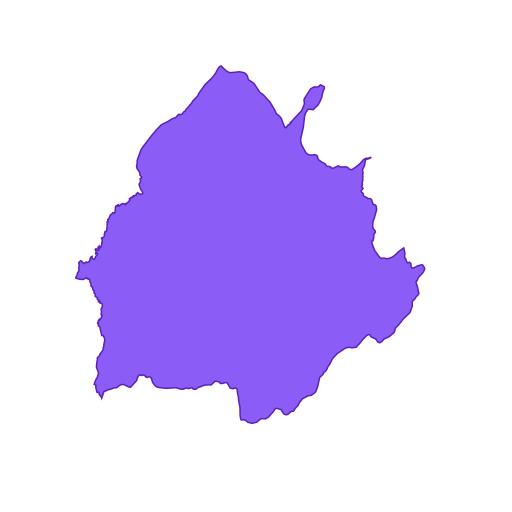 outline of Tona, Santander, Colombia, rotated 198°
{"feature_id": "7082276B13563988320283", "entity_name": "Tona", "entity_type": "district", "adm_level": 2, "iso_a3": "COL", "parent_name": "Colombia", "parent_adm1": "Santander", "projection": "equal_earth", "projection_center": [-72.942, 7.167], "detail": "fine", "context": "isolated", "style": "filled", "palette": "violet", "viewbox_px": 512, "rotation_deg": 198, "n_neighbors": 0, "source": "geoboundaries", "source_scale": "gbopen_adm2", "svg_char_len": 6117}
<svg xmlns="http://www.w3.org/2000/svg" viewBox="0 0 512 512"><g transform="rotate(198 256 256)"><path d="M104.6,220.1L101.0,226.0L100.9,228.4L101.2,230.4L99.2,234.3L96.4,241.8L92.3,249.3L92.0,250.9L91.9,256.3L92.1,257.5L93.0,259.9L93.1,261.4L92.7,262.6L91.9,263.5L91.1,266.7L90.0,268.7L89.5,270.6L92.9,276.5L95.9,280.7L95.2,282.4L94.9,285.9L92.4,291.0L91.8,292.7L91.5,295.9L92.8,297.5L94.8,299.0L95.8,298.9L99.3,296.5L102.7,293.0L104.4,293.0L105.4,294.2L106.3,296.7L108.2,297.5L109.5,296.5L110.2,296.5L112.1,298.5L112.7,299.7L114.2,300.2L115.2,304.6L118.0,309.3L121.7,304.3L123.9,300.0L125.8,297.3L128.2,295.2L130.6,293.8L133.3,293.7L135.6,292.7L137.6,292.7L144.7,297.8L149.4,303.5L150.6,305.7L149.4,306.6L149.6,309.2L150.6,313.0L149.8,315.6L150.4,316.7L152.7,318.1L153.7,319.3L154.7,321.7L155.4,325.4L155.2,328.9L155.6,337.4L157.2,340.7L158.6,341.4L160.7,341.5L163.7,345.5L165.5,345.8L167.3,345.1L168.7,345.9L171.7,346.1L172.9,347.2L173.7,348.8L175.5,349.4L175.9,350.0L176.0,350.8L175.1,353.5L177.0,354.5L176.8,356.3L177.6,358.7L177.9,361.6L178.5,362.4L178.8,364.6L179.8,366.6L179.8,368.2L180.3,368.7L181.3,370.9L180.8,375.3L181.5,381.0L181.0,381.9L177.9,384.0L177.0,385.6L179.5,383.6L181.5,383.0L183.5,380.9L186.2,374.9L189.5,370.2L191.7,367.6L194.1,367.5L196.5,368.7L199.0,368.3L203.3,366.7L205.8,367.1L209.6,363.4L211.2,363.0L212.9,363.8L214.3,363.8L216.0,363.1L219.1,365.2L221.4,365.4L225.9,366.7L227.5,368.1L228.4,369.9L229.7,370.6L232.0,370.5L232.8,369.7L236.9,368.5L240.0,369.3L242.2,371.3L246.4,375.2L248.0,377.2L249.6,380.7L250.8,393.3L253.0,404.0L253.0,407.6L252.0,411.3L251.0,412.0L246.9,412.8L243.9,418.3L243.0,421.9L242.5,427.2L243.1,432.7L242.8,436.5L243.4,438.1L247.4,438.8L248.2,437.9L248.5,436.7L249.1,436.0L253.2,434.7L255.7,431.8L258.5,421.3L258.6,419.3L257.2,416.3L257.0,414.8L257.5,408.4L263.6,395.3L263.5,394.4L264.7,393.8L264.2,392.9L264.9,391.4L265.9,390.9L266.3,388.8L266.9,388.6L267.3,387.2L268.6,387.3L274.6,394.8L277.4,396.5L280.4,397.6L284.6,401.8L290.5,406.9L299.2,411.7L302.8,412.8L311.3,419.5L317.7,421.4L320.1,424.8L321.7,425.9L322.9,426.5L324.9,426.6L328.6,426.1L336.9,422.5L338.9,422.3L342.5,423.3L347.9,426.0L349.1,425.0L350.2,421.8L350.9,417.4L351.8,414.6L353.1,411.3L357.4,403.4L360.8,392.5L360.7,390.8L364.1,383.7L364.4,381.8L367.9,373.4L368.1,371.9L369.3,370.7L370.2,368.0L371.0,367.4L373.5,366.6L375.0,363.1L378.3,360.4L380.9,357.2L386.7,351.4L390.0,344.5L392.4,338.6L397.2,325.1L398.2,321.1L398.6,310.2L397.6,307.4L397.6,305.5L397.1,304.0L396.4,302.7L392.3,299.3L391.3,297.1L389.2,295.8L389.3,294.5L390.1,293.7L388.8,291.1L389.4,288.3L388.4,286.5L385.9,283.5L383.8,282.0L383.1,280.5L383.6,279.6L385.8,278.8L388.0,279.7L389.0,278.3L388.7,276.8L389.9,276.3L390.7,274.6L391.1,274.6L391.1,275.4L391.3,275.3L391.9,273.2L392.8,273.3L393.4,271.8L394.1,271.5L394.1,271.1L393.3,270.5L393.5,269.0L394.0,268.7L394.0,268.0L394.9,267.0L395.2,265.9L395.9,265.9L396.0,264.5L397.0,265.0L399.3,264.5L400.3,263.5L401.9,260.8L402.6,260.8L402.8,262.1L404.6,260.4L404.8,259.1L403.9,255.8L403.7,253.2L404.0,252.9L405.4,253.1L406.2,251.3L407.3,250.0L407.5,245.6L408.3,245.1L408.3,244.6L407.3,243.1L407.3,242.8L408.2,242.4L407.3,240.3L405.9,234.1L406.0,233.0L407.1,232.7L407.0,230.0L406.4,228.3L406.5,227.5L407.1,226.5L408.4,225.5L408.3,224.7L407.4,224.5L407.0,223.7L406.7,220.6L406.3,219.3L406.3,216.7L406.7,216.2L407.1,216.8L408.2,217.1L408.6,216.1L408.9,214.9L408.7,214.5L407.1,215.2L407.5,212.8L408.3,212.6L410.4,213.5L410.8,212.9L410.9,212.5L409.3,210.6L409.4,208.7L409.2,208.5L408.3,209.5L407.9,209.5L407.5,209.2L407.3,208.0L408.4,206.0L408.4,203.8L409.2,202.8L409.8,202.5L411.0,203.1L411.8,205.0L412.6,204.2L413.0,203.0L412.6,200.2L413.6,198.3L414.3,197.8L415.7,197.8L417.1,195.7L421.0,197.4L421.5,197.1L422.5,195.0L422.2,194.0L421.2,192.6L421.0,190.4L419.8,187.0L420.5,185.0L420.3,181.8L420.8,180.2L420.3,179.2L416.5,179.4L413.2,180.2L410.3,183.0L409.4,182.1L408.6,182.4L407.8,182.2L407.6,182.7L407.3,182.6L405.7,179.8L404.5,178.9L403.6,176.4L401.7,175.5L400.6,173.4L399.1,172.7L398.7,170.9L397.4,170.3L396.3,167.8L393.9,167.4L393.6,165.8L393.2,165.4L392.1,165.6L391.6,164.7L391.6,163.9L390.3,164.5L390.2,163.2L387.7,163.0L386.8,161.7L386.6,159.8L386.9,157.5L385.9,155.8L385.3,152.7L385.0,152.3L384.3,152.2L384.0,151.2L384.3,148.3L385.1,146.5L385.5,147.2L385.9,146.3L386.0,145.3L385.5,144.1L386.0,143.6L385.7,143.0L384.9,143.1L384.4,140.9L382.7,140.3L378.1,132.7L376.4,132.9L374.6,130.8L373.8,129.1L373.3,124.5L372.9,123.8L372.9,121.5L372.4,119.5L374.0,114.8L374.3,112.3L375.4,110.4L375.2,109.0L374.8,108.3L374.6,106.1L373.5,101.1L370.0,96.6L369.5,95.3L369.5,91.2L370.1,89.1L370.3,84.0L368.5,83.8L367.6,81.2L365.1,77.2L363.2,77.7L362.3,75.9L359.2,73.8L358.8,73.2L358.7,80.3L357.4,81.0L355.7,82.8L352.0,85.2L350.8,86.4L348.0,87.6L344.9,91.8L342.3,92.9L337.0,92.2L334.8,92.3L331.0,100.6L331.2,103.6L330.5,106.5L330.2,106.8L327.7,107.1L326.6,108.1L324.7,107.8L323.5,106.9L321.8,106.9L320.4,108.3L319.3,108.3L317.6,107.2L315.7,104.4L314.4,103.1L311.0,101.0L308.6,100.8L300.8,102.3L291.2,106.1L286.6,106.1L283.9,106.9L281.4,109.1L279.6,108.9L276.2,111.0L274.6,110.1L273.0,110.2L271.9,110.9L270.3,113.4L269.1,113.9L266.7,116.1L263.6,118.0L258.8,119.6L256.3,124.2L254.4,124.7L251.7,124.8L251.1,124.1L250.3,123.8L248.6,124.4L245.7,126.3L244.0,126.3L239.9,122.5L236.9,122.6L235.0,124.1L232.9,123.7L231.6,120.7L228.8,115.7L228.2,113.9L224.4,106.9L221.6,98.8L219.8,95.7L219.4,95.5L217.0,96.5L214.1,96.2L212.5,95.3L207.8,95.7L203.8,98.3L201.7,101.9L200.8,102.7L199.2,103.5L196.8,104.0L194.5,106.4L191.6,112.9L190.5,116.6L189.6,117.5L184.9,117.7L181.0,114.5L178.4,114.2L176.8,115.2L174.2,119.4L172.9,119.7L172.1,120.5L171.6,123.2L169.9,126.8L169.3,130.3L167.5,134.8L163.3,139.1L160.3,140.7L157.9,143.9L157.2,145.9L157.0,151.0L157.9,160.1L155.7,164.1L155.4,166.4L154.3,167.7L153.5,170.9L153.4,172.9L152.5,175.9L151.5,182.1L148.5,188.4L143.5,194.9L142.2,196.3L139.5,197.9L136.5,198.3L132.6,200.1L130.3,205.1L128.2,210.7L126.1,214.5L124.7,216.1L123.5,216.2L121.4,214.6L116.6,214.1L113.4,211.8L111.4,211.7L109.9,213.5L108.4,216.9L104.6,220.1Z" fill="#8b5cf6" stroke="#5b21b6" stroke-width="1.5"/></g></svg>